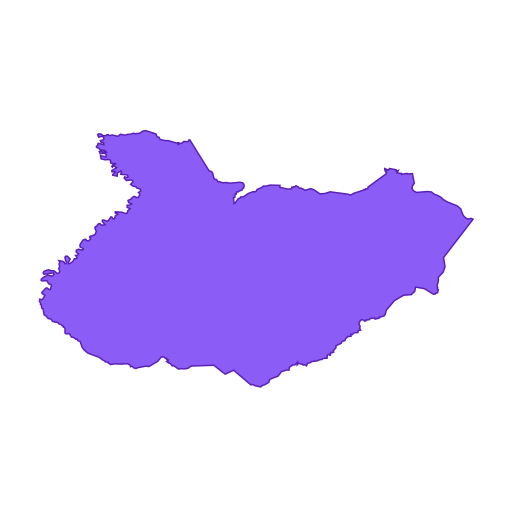 outline of Chatturat, Chaiyaphum, Thailand, rotated 267°
{"feature_id": "78962969B33448846047594", "entity_name": "Chatturat", "entity_type": "district", "adm_level": 2, "iso_a3": "THA", "parent_name": "Thailand", "parent_adm1": "Chaiyaphum", "projection": "equal_earth", "projection_center": [101.87, 15.566], "detail": "fine", "context": "isolated", "style": "filled", "palette": "violet", "viewbox_px": 512, "rotation_deg": 267, "n_neighbors": 0, "source": "geoboundaries", "source_scale": "gbopen_adm2", "svg_char_len": 6057}
<svg xmlns="http://www.w3.org/2000/svg" viewBox="0 0 512 512"><g transform="rotate(267 256 256)"><path d="M209.8,435.4L212.9,436.3L213.6,435.3L215.3,435.8L216.8,435.2L221.5,436.8L225.4,437.1L229.9,442.0L235.4,444.2L244.6,443.2L281.4,474.7L282.4,472.6L281.8,470.0L282.5,468.1L284.5,465.9L287.0,464.5L292.4,462.9L295.7,459.3L299.9,450.0L302.6,446.0L305.1,443.6L307.3,440.0L308.0,437.7L310.8,434.5L311.4,430.7L311.1,419.9L312.4,417.2L314.7,415.5L317.4,415.7L320.4,417.9L330.1,416.5L330.0,411.6L330.6,411.1L329.9,405.7L330.8,405.7L331.5,401.2L334.0,402.6L333.4,400.4L334.8,400.4L336.4,393.8L334.8,392.8L336.6,389.1L335.1,389.1L334.6,390.9L333.4,389.7L332.7,390.7L331.2,390.2L319.0,371.5L317.2,371.1L317.3,368.8L316.5,368.7L316.7,367.3L316.2,367.2L313.7,357.5L311.9,353.6L312.9,351.2L316.2,333.4L314.8,327.9L314.7,323.2L319.1,317.3L320.4,314.3L319.1,308.5L321.3,305.0L321.6,302.5L322.8,301.8L324.1,299.6L323.0,298.4L323.2,297.1L322.6,296.5L323.0,295.5L321.3,295.0L321.1,291.4L323.3,283.4L325.3,283.7L326.1,273.7L325.2,269.7L325.5,267.1L324.2,265.4L322.4,260.6L320.4,259.3L320.2,255.8L318.9,251.7L315.6,246.3L315.9,244.0L314.6,242.8L314.1,241.2L310.2,238.1L309.4,236.8L315.6,236.6L315.8,237.9L318.4,238.4L318.8,239.3L319.5,238.8L319.8,239.8L321.1,240.4L321.0,241.8L321.9,242.9L322.4,245.3L323.8,246.0L324.5,247.3L325.6,247.1L326.4,247.9L328.3,247.6L329.8,246.5L330.5,243.8L330.1,234.3L331.0,229.4L330.7,227.0L332.2,223.2L331.9,222.1L334.5,220.5L334.9,218.3L340.8,217.1L342.8,215.9L343.3,213.7L375.4,196.0L375.4,195.1L374.2,194.7L373.7,193.3L374.2,190.0L372.9,188.4L371.7,184.2L373.0,185.0L373.4,184.0L372.9,182.8L375.8,174.4L376.1,170.8L377.4,166.4L379.8,165.2L380.0,163.5L383.2,162.4L387.0,152.4L386.8,149.8L384.7,146.2L384.4,141.9L385.0,140.0L384.2,137.5L384.2,134.3L383.5,131.3L384.7,127.0L383.1,124.9L382.9,123.6L384.4,118.8L384.0,116.3L384.2,115.0L384.8,114.8L384.8,113.2L384.0,112.3L384.1,110.2L384.6,108.8L385.7,108.1L386.2,105.5L385.7,104.2L382.8,105.1L383.5,108.0L383.0,109.7L381.3,110.3L380.1,109.9L379.4,106.6L377.6,107.3L377.3,109.7L375.1,109.9L376.8,104.3L374.9,103.7L373.7,102.3L372.9,102.5L371.7,104.8L370.3,105.7L369.3,110.5L367.5,112.2L367.1,111.6L368.0,110.4L367.9,108.7L368.8,106.4L368.5,105.0L366.2,105.8L366.6,109.3L365.9,111.1L364.6,111.8L362.9,111.3L364.3,106.0L361.2,106.3L360.0,110.1L360.0,114.6L358.8,115.9L356.6,115.6L355.8,117.5L355.7,120.5L354.9,120.4L354.4,117.8L353.0,116.7L352.1,117.2L353.2,118.1L353.2,119.1L351.5,121.5L348.8,116.4L347.5,116.7L347.9,119.3L347.2,120.1L344.9,117.2L344.2,117.1L343.0,121.5L346.2,122.0L348.0,125.3L347.4,126.1L344.7,125.2L343.7,131.7L341.8,132.5L341.3,131.0L341.8,128.9L340.8,128.4L338.2,130.5L338.5,135.5L337.6,136.8L336.5,137.0L334.2,134.5L332.4,136.4L331.5,139.6L330.2,140.5L328.8,144.0L327.1,144.3L325.5,141.9L324.2,143.2L323.0,143.0L320.8,141.7L320.6,139.7L321.8,138.1L321.8,136.7L319.2,133.7L318.2,131.1L316.0,131.6L314.5,134.5L313.5,132.7L313.4,129.9L311.3,129.9L309.9,132.8L307.9,130.4L305.4,129.5L305.4,127.4L306.8,124.2L307.5,117.8L306.1,117.8L305.7,119.9L305.0,120.3L303.5,117.7L300.6,116.6L300.8,114.9L302.3,114.2L302.7,113.2L298.9,110.3L298.7,108.5L299.8,106.2L299.9,104.5L298.7,104.2L295.1,106.9L294.9,103.1L296.5,101.9L296.6,101.2L295.9,99.7L294.0,98.5L293.6,97.0L292.2,96.6L288.9,97.8L285.7,96.4L284.3,91.2L283.5,90.8L281.7,91.8L279.9,89.6L280.2,87.7L281.7,86.7L281.0,84.1L276.5,80.8L274.4,80.7L272.4,83.9L271.4,83.9L271.1,82.0L272.1,79.0L271.2,76.8L269.3,76.7L267.2,78.9L266.2,77.9L266.0,75.8L263.9,77.3L262.8,76.8L262.8,74.5L260.0,72.7L258.1,69.5L258.1,68.4L259.4,68.3L262.7,70.3L265.7,67.6L265.7,65.7L264.6,65.1L261.2,65.6L259.9,66.6L258.1,65.7L258.5,64.5L259.7,64.2L260.8,62.8L261.7,58.9L260.2,59.8L258.2,58.9L255.6,59.4L253.8,58.4L250.8,59.2L249.4,58.5L249.0,56.6L251.7,53.6L252.0,50.8L253.1,48.1L251.9,43.6L250.2,42.5L248.8,43.5L249.8,52.7L248.9,53.4L247.2,52.4L246.6,51.3L247.7,47.0L245.8,42.4L244.0,40.3L242.8,40.2L242.3,41.2L242.3,45.8L239.1,47.5L238.0,50.0L236.6,50.1L233.2,48.8L233.4,47.7L235.0,45.7L235.0,44.5L230.8,40.2L229.7,40.5L227.7,43.1L223.9,40.6L223.6,38.9L224.3,38.0L222.3,37.3L220.0,38.5L219.0,38.2L218.2,39.1L215.2,39.3L214.2,40.6L208.4,41.3L207.2,43.1L204.4,45.2L203.8,47.9L201.4,49.4L200.2,52.6L200.1,54.6L198.6,55.5L197.9,57.6L196.5,58.8L196.1,60.1L195.1,59.9L194.3,61.2L193.0,61.5L189.2,61.2L188.1,62.3L188.3,65.6L184.7,67.4L184.3,69.3L182.2,72.0L182.4,72.8L180.7,73.8L180.0,75.8L174.0,77.6L171.2,79.4L167.8,83.0L163.1,94.0L160.2,97.4L159.2,99.5L158.1,99.9L157.8,102.9L156.9,102.9L155.2,105.1L155.7,108.7L155.0,117.5L155.5,118.2L155.0,120.4L155.3,121.8L153.7,124.5L152.0,124.9L152.3,125.7L151.9,127.2L150.8,127.9L149.9,130.2L150.6,131.8L151.8,140.5L151.2,143.3L156.0,152.4L160.1,156.1L160.0,158.8L158.3,160.5L158.6,161.4L157.4,161.4L156.8,162.9L155.5,161.4L155.2,162.4L154.4,162.1L154.3,163.3L153.8,163.2L152.8,165.1L150.6,166.6L151.1,167.5L147.0,173.0L147.5,174.5L147.0,178.7L147.4,182.2L149.5,185.5L149.1,208.1L139.6,219.1L143.1,227.7L127.6,244.1L127.9,245.7L126.3,248.9L125.0,254.0L126.4,255.5L127.0,258.1L129.2,262.2L132.2,263.3L134.9,271.8L139.2,275.4L140.5,280.6L140.3,283.0L143.2,283.5L145.3,287.3L145.3,289.3L147.7,291.8L145.2,291.5L146.5,292.9L145.4,296.8L144.6,297.3L144.8,298.9L143.7,300.7L146.1,301.8L146.8,305.1L147.6,305.7L148.0,310.8L148.5,311.4L148.2,312.3L149.4,314.8L149.0,315.6L149.3,316.6L150.2,317.7L150.2,321.6L153.3,322.0L154.0,323.5L153.0,324.4L153.1,325.1L155.8,325.6L155.4,327.4L156.0,328.6L157.2,328.1L160.2,331.1L162.2,331.1L164.4,336.5L165.6,336.9L166.5,338.6L166.8,340.4L168.9,341.2L170.3,343.2L170.8,343.1L170.9,346.7L173.0,346.7L172.4,347.9L174.3,350.3L174.2,353.7L176.3,354.3L176.5,356.6L178.5,355.8L180.2,356.3L183.3,355.2L186.5,357.1L186.8,359.2L185.2,361.3L185.7,362.5L186.3,362.4L186.5,365.8L187.3,366.4L187.8,368.0L187.9,371.3L187.0,371.4L186.7,372.1L187.4,374.0L187.1,374.5L187.9,376.3L188.5,376.0L189.3,380.5L190.7,381.8L195.2,383.4L204.1,391.8L209.1,401.4L209.3,409.0L212.3,412.7L216.6,413.7L214.6,422.4L208.5,431.3L208.7,433.1L209.3,433.3L209.8,435.4Z" fill="#8b5cf6" stroke="#5b21b6" stroke-width="1.5"/></g></svg>